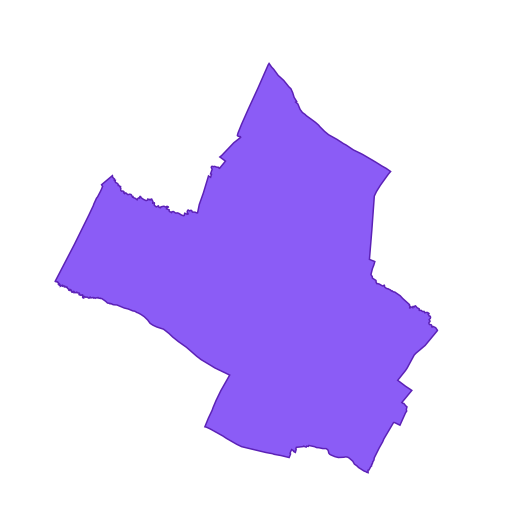 the district of Vela, Dolj, Romania, rotated 191°
{"feature_id": "2599482B98796919429095", "entity_name": "Vela", "entity_type": "district", "adm_level": 2, "iso_a3": "ROU", "parent_name": "Romania", "parent_adm1": "Dolj", "projection": "orthographic", "projection_center": [23.395, 44.274], "detail": "fine", "context": "isolated", "style": "filled", "palette": "violet", "viewbox_px": 512, "rotation_deg": 191, "n_neighbors": 0, "source": "geoboundaries", "source_scale": "gbopen_adm2", "svg_char_len": 5996}
<svg xmlns="http://www.w3.org/2000/svg" viewBox="0 0 512 512"><g transform="rotate(191 256 256)"><path d="M279.9,447.5L280.5,446.0L286.0,421.6L291.5,399.1L295.3,382.6L297.1,373.4L297.3,370.8L297.1,370.5L296.0,370.1L294.1,370.2L293.7,369.5L299.4,362.9L308.8,348.2L310.4,346.3L304.1,343.3L308.5,335.1L309.1,335.2L309.7,335.9L311.7,335.7L313.0,336.0L314.1,336.0L314.7,335.6L316.1,335.7L316.7,335.4L316.8,334.3L315.6,332.8L316.3,327.9L315.3,327.7L315.6,324.6L317.9,325.5L319.7,307.8L321.5,295.8L321.6,287.2L322.4,287.0L324.3,287.4L326.6,287.0L327.2,287.3L327.7,288.2L328.1,288.4L328.7,288.4L329.8,287.6L331.3,288.2L331.8,287.8L332.0,286.2L331.8,285.7L330.8,284.7L330.7,284.2L331.0,284.0L332.3,284.0L334.1,284.4L334.2,284.0L334.2,282.1L335.0,281.7L336.9,282.0L340.1,283.2L341.7,283.3L342.1,283.0L343.2,282.8L345.4,283.9L346.9,283.5L347.2,282.5L349.1,283.1L349.9,283.7L350.0,284.7L352.9,285.3L352.5,286.5L351.4,287.3L351.5,287.5L352.5,287.7L352.8,287.8L354.1,286.8L355.9,287.3L358.6,286.2L358.8,285.9L358.8,285.3L359.0,285.1L360.5,285.3L361.1,286.3L361.5,286.6L362.9,285.3L363.5,285.3L365.4,286.3L365.7,287.0L365.8,288.5L366.0,288.8L367.5,288.2L367.6,288.5L367.5,289.7L369.3,292.0L369.9,291.8L370.1,291.0L371.4,291.2L371.5,290.9L373.0,291.3L373.1,290.2L374.5,289.4L377.2,290.1L379.0,290.9L380.0,291.4L380.6,292.3L381.1,292.4L381.4,291.9L381.5,290.6L382.4,290.6L383.3,289.4L383.4,288.5L383.8,288.6L385.2,289.5L387.3,289.9L387.8,290.2L388.0,290.7L388.5,290.3L389.5,291.7L390.4,292.5L391.8,292.6L393.1,291.9L393.6,291.8L395.8,293.1L396.3,292.9L396.8,292.2L397.9,292.8L397.7,293.6L398.0,294.0L399.1,294.4L400.2,294.0L401.2,294.5L401.6,295.7L401.6,296.6L402.3,297.3L402.1,298.1L402.2,298.4L403.3,298.4L404.1,299.2L404.7,299.0L405.0,300.0L405.2,300.3L406.2,300.9L407.9,301.4L408.6,302.5L408.5,303.4L409.4,303.3L409.7,303.5L409.7,303.8L409.4,304.2L409.5,304.5L412.4,306.3L412.0,307.0L412.3,307.5L421.2,296.5L419.9,295.1L420.3,292.6L421.0,289.8L422.8,283.8L423.6,282.3L425.1,276.1L425.3,274.4L427.9,264.2L436.5,232.7L448.3,192.8L448.0,192.6L447.4,192.9L446.8,192.6L446.2,192.8L445.9,192.4L445.2,192.4L445.0,192.1L445.0,191.7L444.1,191.4L444.4,190.6L443.4,190.6L443.6,190.1L443.5,189.7L442.3,189.8L442.2,189.0L440.4,190.4L440.1,190.3L440.0,189.5L439.4,189.8L438.3,189.9L438.4,189.3L438.3,189.1L437.5,189.1L436.7,189.6L436.1,189.1L435.4,189.3L434.8,188.2L433.6,187.8L433.4,187.1L432.9,187.5L432.4,187.4L432.2,187.1L432.4,186.7L432.1,186.6L431.7,187.2L431.7,187.5L430.9,187.2L430.6,186.8L430.4,185.9L429.7,185.3L428.8,185.6L428.9,186.1L428.1,186.5L427.6,186.1L427.5,185.3L426.6,185.6L425.7,185.6L425.0,186.3L424.5,185.8L422.4,185.8L422.1,185.4L422.4,184.5L422.0,184.1L421.2,184.3L420.6,184.0L420.1,184.4L419.5,184.2L418.8,184.7L418.4,184.0L418.4,182.6L418.1,182.1L417.4,181.8L417.0,182.1L417.6,182.7L417.6,183.2L417.3,183.5L416.7,183.5L415.2,183.0L414.3,183.4L413.1,183.3L412.6,182.8L412.1,182.8L411.2,183.1L411.2,183.7L411.0,184.0L410.4,183.5L409.7,183.5L408.0,184.2L407.5,183.7L406.7,184.2L405.8,183.8L405.1,184.4L404.7,184.4L404.1,184.8L403.7,184.6L403.1,185.1L402.0,184.5L400.7,184.9L400.4,184.6L399.3,184.8L395.0,182.9L392.8,181.5L391.0,181.6L390.2,181.2L389.8,181.6L389.2,181.4L388.6,181.6L387.9,181.1L386.3,181.0L383.2,181.4L375.4,179.8L371.3,179.6L366.4,178.6L364.5,178.7L362.1,177.8L360.9,177.7L357.8,176.7L354.1,175.1L350.1,172.5L347.1,169.7L343.9,168.4L339.9,167.4L332.8,166.5L330.4,165.3L326.7,163.4L322.2,160.5L315.7,157.1L307.0,153.2L295.1,146.3L290.1,143.8L274.8,138.2L259.1,134.1L264.8,117.2L267.6,106.7L269.2,99.1L269.6,96.3L271.8,87.7L273.6,78.6L272.0,78.5L268.3,77.6L253.9,72.9L250.4,71.4L239.0,67.5L233.7,66.1L208.7,65.0L202.1,65.1L200.3,64.8L193.3,64.9L185.0,64.5L184.3,68.3L184.9,68.7L184.7,70.4L184.1,72.8L181.7,71.9L181.8,71.3L179.9,70.7L179.7,73.2L179.7,73.8L180.1,74.3L179.9,75.9L174.3,77.6L173.0,78.1L172.9,78.4L170.3,78.0L170.0,79.0L168.3,79.1L168.0,80.1L162.0,80.0L159.9,79.5L157.7,79.8L153.7,79.7L150.5,80.3L150.0,80.2L148.3,79.2L147.8,78.4L147.0,76.5L145.9,75.5L144.5,75.0L140.3,74.1L136.7,73.9L131.4,75.2L129.5,76.0L127.5,76.0L125.9,75.4L121.8,73.0L119.7,70.5L117.0,69.3L114.9,67.9L108.8,65.5L106.8,65.2L106.0,64.8L104.6,64.7L105.1,66.7L105.1,67.2L104.3,67.5L103.1,71.3L102.5,71.9L102.7,73.3L102.6,73.8L102.3,73.9L102.0,75.5L102.2,76.1L101.6,77.3L101.3,78.3L101.4,80.4L98.4,91.2L96.2,97.8L95.6,100.8L89.3,118.5L89.0,118.9L88.0,118.9L82.4,117.4L79.3,130.6L78.5,132.5L79.2,134.2L79.0,136.7L80.4,137.5L82.8,139.5L83.7,139.4L84.9,140.0L77.4,153.8L84.4,156.7L93.2,161.0L87.4,172.1L86.3,174.7L81.8,189.0L80.3,191.3L72.9,200.5L63.9,217.0L63.7,217.7L66.0,219.9L68.6,220.6L69.0,220.5L69.3,220.0L69.8,219.9L70.1,220.3L70.0,220.9L70.6,221.7L71.1,222.0L72.3,221.8L73.0,222.2L73.5,223.1L73.5,223.9L73.1,224.2L72.7,224.9L72.9,225.5L73.9,226.5L73.0,228.1L72.9,228.8L73.3,229.9L73.7,230.2L74.7,230.2L75.0,230.9L75.8,231.4L75.9,231.8L75.2,232.5L75.4,232.7L76.9,233.3L78.4,233.0L79.4,232.5L80.5,233.7L81.8,233.3L82.8,233.7L83.3,234.1L85.3,233.8L85.6,234.2L85.5,234.9L85.9,235.4L87.9,235.9L89.9,237.5L90.3,237.4L90.8,236.7L90.9,236.3L92.2,236.5L92.4,236.2L92.3,235.2L94.2,235.6L95.0,234.3L95.3,234.4L95.3,236.0L95.5,236.4L96.1,236.8L96.1,237.6L103.9,242.3L106.9,244.5L112.9,247.1L114.3,247.0L115.8,247.8L116.4,247.5L117.5,248.3L118.6,248.6L119.3,248.7L120.2,249.1L120.9,248.9L122.8,249.5L124.0,250.3L124.2,251.4L124.6,251.8L125.6,250.9L126.3,250.8L129.7,252.0L131.3,252.1L132.1,251.9L133.2,253.3L133.3,254.2L133.6,254.9L137.5,256.5L137.9,257.9L139.5,259.6L139.6,260.0L139.3,265.9L138.6,269.7L138.3,273.2L144.0,274.3L147.2,303.3L151.3,337.4L150.1,342.1L147.4,349.2L141.6,361.8L140.0,364.6L144.8,366.8L149.7,368.4L156.7,371.1L170.9,376.1L180.6,378.7L188.9,382.2L191.6,383.0L198.7,385.9L207.9,388.9L212.5,391.4L218.1,395.2L219.5,396.4L223.1,398.5L233.5,403.4L234.8,404.3L237.8,405.7L240.6,408.2L244.0,413.3L246.4,414.6L245.5,415.4L248.8,418.9L251.2,423.4L253.7,426.9L256.1,428.4L262.4,433.7L268.7,437.5L274.3,442.7L276.7,444.4L279.9,447.5Z" fill="#8b5cf6" stroke="#5b21b6" stroke-width="1.5"/></g></svg>